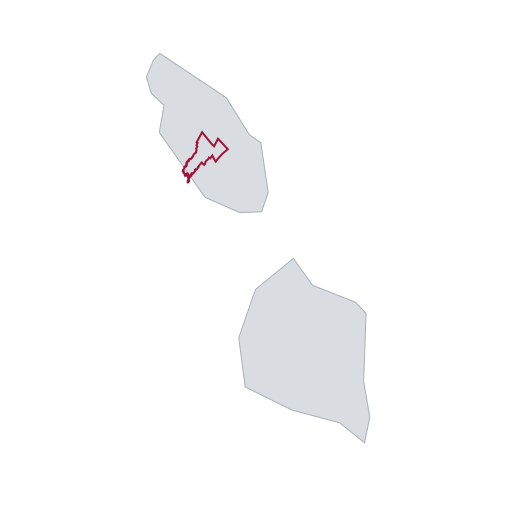 Vaimauga West, Tuamasaga, Samoa shown in context, rotated 214°
{"feature_id": "51752279B6831491074988", "entity_name": "Vaimauga West", "entity_type": "district", "adm_level": 2, "iso_a3": "WSM", "parent_name": "Samoa", "parent_adm1": "Tuamasaga", "projection": "equal_earth", "projection_center": [-171.762, -13.882], "detail": "fine", "context": "in_parent", "style": "outline", "palette": "rose", "viewbox_px": 512, "rotation_deg": 214, "n_neighbors": 0, "source": "geoboundaries", "source_scale": "gbopen_adm2", "svg_char_len": 5061}
<svg xmlns="http://www.w3.org/2000/svg" viewBox="0 0 512 512"><g transform="rotate(214 256 256)"><path d="M191.8,141.4L224.6,178.6L237.7,227.9L223.7,274.9L192.7,263.3L147.7,273.3L132.7,270.0L96.6,212.2L71.6,186.1L61.5,161.8L93.4,164.5L139.9,148.4L191.8,141.4ZM449.1,370.2L369.0,370.6L329.3,352.8L315.3,352.6L281.3,315.3L276.1,295.7L293.9,282.9L331.0,276.1L405.3,304.4L416.6,329.6L433.7,332.2L447.0,343.2L450.5,360.8L449.1,370.2Z" fill="#d9dde1" stroke="#a8b0b8" stroke-width="1"/><path d="M365.2,289.6L364.9,289.4L364.8,289.2L364.7,289.0L364.6,288.7L364.6,288.4L364.5,288.1L364.5,287.9L364.5,287.5L364.5,287.4L364.5,287.2L364.5,286.9L364.4,286.9L364.3,286.4L364.3,286.2L364.5,286.1L364.4,285.9L364.2,286.2L364.0,285.9L363.8,285.7L363.7,285.6L363.4,286.0L363.3,285.9L363.3,285.7L363.0,285.3L362.9,285.2L363.0,285.0L363.0,284.9L362.8,284.4L362.7,284.4L362.6,284.5L362.3,284.7L362.1,284.7L361.9,284.5L361.7,284.5L361.5,284.4L361.3,284.3L361.1,284.2L360.9,283.9L360.7,283.7L360.6,283.4L360.4,283.2L360.1,283.0L360.0,282.9L359.9,283.0L359.7,283.1L359.0,282.8L358.8,282.8L359.0,282.9L359.0,283.2L359.1,283.3L359.1,283.6L359.4,284.1L359.2,283.8L359.3,283.7L359.6,284.1L359.8,284.0L360.0,284.3L359.9,284.4L359.7,285.3L359.6,285.7L359.5,285.8L359.4,285.8L359.2,286.2L359.0,286.3L358.3,286.0L358.0,285.8L358.1,285.5L358.1,285.4L358.1,285.1L358.0,284.8L357.9,284.4L357.7,284.2L357.6,284.3L357.4,284.7L357.1,284.7L356.9,284.5L356.3,284.2L355.9,283.2L355.7,282.8L355.7,282.6L355.3,282.1L355.1,281.9L355.0,281.6L354.9,281.3L354.8,281.1L354.8,280.9L354.7,280.4L354.5,279.9L354.2,279.4L353.9,279.2L353.5,279.0L353.4,279.2L353.3,279.6L353.3,279.8L353.3,280.0L353.5,280.0L353.4,280.2L353.4,280.3L353.5,280.3L353.5,280.5L353.4,280.8L353.5,281.0L353.8,281.2L354.0,280.9L354.0,281.2L354.1,281.4L354.4,281.3L354.5,281.6L354.4,281.9L354.4,282.1L354.5,282.2L354.7,282.3L354.9,282.3L355.0,282.4L355.1,282.6L355.3,282.7L355.2,282.8L355.3,282.9L355.1,283.0L355.2,283.5L355.3,283.5L355.2,283.6L355.1,283.9L355.2,284.1L355.3,284.1L355.0,284.2L354.9,284.2L355.0,284.7L355.1,285.0L355.3,285.4L355.3,285.6L355.5,285.7L355.6,285.8L355.5,286.1L355.4,286.2L355.4,286.3L355.5,286.4L355.5,286.6L355.4,286.6L355.2,286.1L355.1,285.9L355.0,285.6L354.9,285.6L354.8,285.8L354.7,285.8L354.9,285.3L354.9,285.2L354.9,285.4L354.6,285.8L354.5,285.7L354.4,285.6L354.7,286.0L354.7,286.3L354.8,286.4L354.6,286.6L354.6,286.8L354.8,286.9L355.0,287.2L355.1,287.4L355.1,287.7L355.1,287.9L355.2,288.0L354.7,288.3L354.6,288.5L355.2,288.5L355.0,288.9L355.2,289.0L354.8,289.3L354.5,289.3L354.4,289.5L354.3,289.8L354.2,290.1L354.1,290.3L354.1,290.6L354.0,290.9L354.0,291.2L354.0,291.4L353.9,291.7L354.0,291.9L354.0,292.0L353.9,292.3L353.9,292.6L354.1,292.9L354.6,293.0L354.8,293.1L354.7,293.6L354.5,294.0L354.5,294.3L354.2,294.4L353.8,294.2L353.7,294.5L353.5,294.8L353.4,297.4L353.9,297.4L353.7,298.9L353.7,299.6L353.3,303.3L353.1,303.3L352.7,303.2L352.3,302.9L350.0,302.5L349.9,303.3L349.7,303.7L350.0,304.8L350.5,305.8L350.4,306.1L350.4,306.3L350.5,307.0L350.5,307.4L350.3,307.7L350.2,307.9L350.0,308.6L349.9,309.0L349.9,309.4L349.9,309.7L349.9,310.3L349.9,310.5L349.8,310.9L349.7,311.1L349.8,311.3L348.6,311.3L348.4,314.9L348.1,314.7L347.7,314.5L347.5,314.4L347.4,314.3L347.1,314.2L346.9,314.0L346.5,313.9L346.3,313.7L346.1,313.5L344.6,312.8L342.2,311.7L342.1,314.4L341.1,321.6L339.1,328.8L353.1,332.0L352.1,323.5L353.6,323.8L354.8,323.9L365.4,327.1L369.9,328.5L368.8,317.1L367.6,317.0L367.6,316.8L367.7,316.6L367.7,316.4L367.7,316.2L367.6,315.7L367.4,315.2L367.2,315.2L367.1,314.8L367.1,314.7L367.0,314.4L366.8,314.4L366.5,314.3L366.2,314.1L365.9,313.9L365.9,313.5L365.9,313.3L365.8,313.0L365.7,312.8L365.7,312.5L365.8,312.2L365.8,311.9L365.7,311.7L365.4,311.4L365.2,311.3L365.1,311.1L364.9,310.6L364.7,310.5L364.5,310.4L364.2,309.9L364.2,309.5L364.1,309.4L364.1,309.1L363.8,308.8L363.7,308.7L363.6,308.3L363.7,308.1L363.8,307.7L363.9,307.4L364.0,307.2L364.1,306.8L364.0,306.7L364.2,306.2L364.4,305.5L364.4,305.4L364.3,305.1L364.3,304.8L364.2,304.7L364.2,304.2L364.2,303.7L364.1,303.4L363.9,303.3L363.8,303.1L364.0,302.8L364.1,302.7L364.1,302.4L364.2,302.1L364.2,301.8L364.0,301.4L364.0,301.2L364.2,300.8L364.2,300.6L364.2,300.4L364.2,300.1L364.3,300.1L364.5,300.2L364.6,300.3L364.7,300.2L364.8,300.1L364.7,299.9L364.8,299.8L365.1,299.6L365.4,299.1L365.5,299.0L365.6,298.7L365.3,298.5L365.2,298.3L365.3,298.1L365.1,298.0L365.1,297.8L365.0,297.7L364.9,297.6L365.0,297.3L365.2,297.1L365.2,296.9L365.3,296.9L365.5,297.1L365.6,296.8L365.4,296.7L365.6,296.6L365.6,296.3L365.7,296.1L365.6,295.9L365.8,295.8L365.8,295.7L365.7,295.7L365.7,295.4L365.8,295.2L365.7,295.0L365.6,294.9L365.5,294.5L365.5,294.4L365.7,294.2L365.4,293.8L365.2,293.7L364.9,293.7L364.9,293.4L365.0,293.2L364.9,293.0L364.7,292.9L364.5,292.6L364.3,292.6L364.3,292.4L364.2,292.2L364.0,291.8L364.0,291.6L364.1,291.4L364.2,291.1L364.2,290.9L364.4,290.9L364.4,291.0L364.5,291.0L364.5,290.8L364.7,290.7L364.9,290.8L364.9,290.7L364.7,290.5L364.7,290.4L364.8,290.4L365.0,290.1L365.0,289.9L365.2,289.6Z" fill="none" stroke="#9f1239" stroke-width="2"/></g></svg>